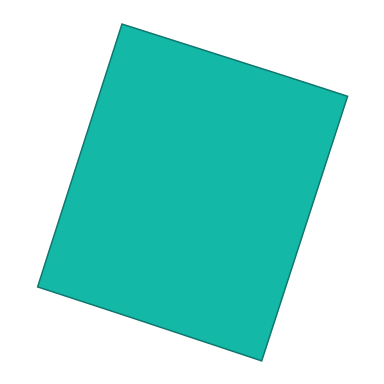 outline of Sherman, Kansas, United States of America, rotated 108°
{"feature_id": "52423323B41294654491036", "entity_name": "Sherman", "entity_type": "district", "adm_level": 2, "iso_a3": "USA", "parent_name": "United States of America", "parent_adm1": "Kansas", "projection": "mercator", "projection_center": [-101.862, 39.351], "detail": "fine", "context": "isolated", "style": "filled", "palette": "teal", "viewbox_px": 384, "rotation_deg": 108, "n_neighbors": 0, "source": "geoboundaries", "source_scale": "gbopen_adm2", "svg_char_len": 357}
<svg xmlns="http://www.w3.org/2000/svg" viewBox="0 0 384 384"><g transform="rotate(108 192 192)"><path d="M52.9,73.6L52.9,89.5L52.9,90.8L52.9,107.4L53.0,152.6L53.0,155.4L53.1,163.4L53.2,179.7L53.4,218.1L53.9,308.4L53.9,310.5L293.6,309.7L330.0,309.5L330.2,215.0L331.1,73.5L320.7,73.5L52.9,73.6Z" fill="#14b8a6" stroke="#0f766e" stroke-width="1.5"/></g></svg>